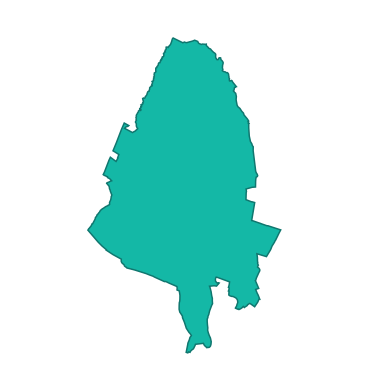 the district of Durnesti, Botosani, Romania, rotated 229°
{"feature_id": "2599482B19127823613231", "entity_name": "Durnesti", "entity_type": "district", "adm_level": 2, "iso_a3": "ROU", "parent_name": "Romania", "parent_adm1": "Botosani", "projection": "robinson", "projection_center": [27.119, 47.758], "detail": "fine", "context": "isolated", "style": "filled", "palette": "teal", "viewbox_px": 384, "rotation_deg": 229, "n_neighbors": 0, "source": "geoboundaries", "source_scale": "gbopen_adm2", "svg_char_len": 6000}
<svg xmlns="http://www.w3.org/2000/svg" viewBox="0 0 384 384"><g transform="rotate(229 192 192)"><path d="M301.9,295.1L304.8,293.6L305.6,291.3L308.1,286.2L308.6,285.5L310.2,284.6L310.6,283.0L320.6,278.8L320.6,278.2L320.3,277.4L318.9,275.3L317.6,272.9L317.3,271.7L317.2,270.4L316.7,268.8L317.9,268.3L317.9,267.8L318.2,267.4L317.0,266.6L317.0,266.2L316.7,266.0L316.5,265.3L316.6,264.7L316.0,264.3L315.8,263.6L315.4,263.6L315.6,263.1L315.2,262.4L315.3,262.0L315.0,261.5L315.0,261.1L313.9,260.8L313.6,260.3L313.1,259.8L313.0,258.7L313.4,258.4L313.4,258.1L312.6,257.4L312.8,257.0L312.7,256.7L312.1,256.4L312.3,255.5L311.9,254.5L311.8,254.3L311.5,254.5L311.5,254.0L310.6,252.7L310.7,252.4L311.0,252.2L311.2,251.6L311.0,251.0L309.9,249.6L309.7,248.9L309.7,248.1L309.4,247.4L309.0,247.1L309.3,246.1L309.2,245.9L307.2,244.1L306.5,243.7L306.3,243.1L306.5,241.5L305.6,240.9L305.4,240.3L304.3,239.8L304.1,239.5L303.9,238.5L303.3,238.5L302.9,238.0L302.8,237.4L302.5,236.9L301.7,236.5L301.3,235.9L301.3,235.6L301.7,234.7L301.6,234.3L300.9,234.4L300.6,234.2L300.5,233.9L300.1,233.7L299.6,232.2L298.7,232.1L298.3,231.6L298.8,231.0L298.5,230.6L298.6,229.4L298.4,228.4L297.3,227.4L296.9,226.5L296.3,226.0L296.2,225.8L296.6,225.2L296.6,224.3L296.3,223.6L295.8,223.1L295.7,222.6L295.1,221.9L294.7,220.6L294.7,219.5L293.9,218.3L294.0,217.5L294.8,217.0L294.7,216.4L294.9,216.1L293.4,215.2L293.0,215.3L291.9,214.5L291.9,213.6L291.2,213.3L290.6,212.0L290.7,211.8L291.1,211.6L290.9,211.2L291.1,210.8L290.6,210.8L290.5,210.4L289.9,210.3L289.4,209.6L289.5,209.4L289.9,209.2L289.5,208.8L289.0,207.9L289.3,207.3L289.2,207.2L288.5,207.2L287.8,207.6L287.4,207.3L287.2,206.7L287.4,206.5L288.3,206.7L288.5,206.7L288.2,205.8L288.2,204.6L287.6,204.1L287.4,202.8L287.0,202.0L286.6,200.6L285.9,199.7L285.2,199.4L285.0,198.6L283.8,198.0L283.2,197.2L282.6,197.1L282.3,195.9L281.9,195.2L280.1,194.8L278.2,193.2L276.6,192.7L275.7,192.8L275.3,192.3L275.4,190.5L275.2,189.3L275.5,188.4L275.9,186.1L284.3,182.9L284.4,185.2L283.6,186.6L283.6,187.9L288.5,186.1L285.5,179.8L278.9,167.4L274.9,159.4L268.3,161.4L266.6,158.3L266.2,158.4L264.9,154.7L271.8,153.2L270.4,150.1L264.5,139.0L263.4,136.4L261.9,136.7L261.5,137.2L259.4,137.8L259.0,138.3L258.1,137.8L256.0,138.6L253.2,138.7L253.7,137.4L253.9,136.1L254.4,134.9L254.7,133.4L255.1,133.0L254.5,133.3L251.0,133.2L250.3,133.0L248.5,131.8L247.5,131.6L245.5,130.6L244.5,130.4L243.9,130.0L242.6,129.7L241.9,128.9L241.4,127.8L240.8,127.3L239.4,125.5L238.2,122.9L236.7,121.7L236.6,121.3L236.8,120.5L237.0,120.2L236.9,119.6L237.6,117.2L237.9,114.2L238.2,113.3L238.1,112.8L238.2,110.8L237.5,108.9L237.4,107.9L237.0,106.1L237.1,105.5L236.3,104.0L236.1,102.4L235.3,101.4L235.0,100.8L233.2,96.1L233.5,95.4L233.1,95.1L232.9,94.2L232.6,93.8L232.2,91.3L232.1,91.1L232.0,89.8L231.5,88.4L215.2,88.3L209.8,88.7L204.6,89.5L204.5,89.1L196.6,91.3L187.7,94.6L186.3,93.2L185.0,92.7L183.9,92.6L181.7,93.0L180.5,92.5L179.1,92.7L178.4,93.0L177.4,93.0L171.2,97.3L160.6,103.8L156.9,105.7L153.9,107.4L152.6,107.8L142.5,112.4L141.6,113.5L138.1,115.0L130.6,118.6L129.2,117.8L127.9,116.4L125.7,117.5L121.9,115.1L119.1,112.6L117.7,111.2L116.8,109.8L114.7,107.8L111.9,105.3L109.4,104.0L104.8,103.4L103.2,102.3L98.9,100.9L92.8,98.3L87.8,97.6L86.8,97.7L84.1,97.4L83.6,95.1L82.1,92.8L80.7,89.9L79.7,88.7L74.8,82.4L73.3,83.3L73.6,84.5L72.3,85.3L72.8,86.5L72.9,88.4L72.7,90.2L74.1,93.5L74.8,94.7L70.3,101.3L68.0,100.7L64.7,101.1L64.7,101.5L63.6,102.8L63.4,103.4L63.6,104.8L64.6,106.4L66.4,108.3L69.7,110.1L72.4,110.9L75.2,112.0L77.4,113.1L79.1,114.8L81.6,116.5L84.4,118.6L86.1,120.1L86.8,121.6L87.6,122.3L88.5,124.2L90.8,127.4L93.7,132.8L94.2,134.2L96.6,136.0L98.4,137.6L100.9,138.9L104.2,141.0L108.2,143.0L109.4,143.4L106.8,147.1L104.9,148.8L105.5,152.8L106.1,152.5L106.8,151.4L107.4,151.2L109.3,151.3L110.8,152.4L111.6,153.5L111.9,154.4L110.8,155.2L99.5,161.4L97.3,158.8L96.1,156.9L95.6,157.1L94.9,156.8L93.8,155.4L93.4,154.5L92.8,154.8L90.2,152.3L89.7,152.2L88.6,152.6L87.0,153.6L86.3,154.4L83.4,155.6L81.2,155.6L80.5,155.3L78.7,154.2L77.3,151.7L76.4,150.4L76.4,149.8L76.1,149.0L76.1,148.6L76.4,148.3L73.6,149.6L73.4,150.1L72.5,150.3L72.0,152.0L71.8,153.8L72.0,155.6L70.5,155.7L70.5,156.1L70.1,158.9L70.2,159.6L70.5,159.9L70.1,162.3L69.7,162.7L64.3,164.0L65.7,169.2L67.2,172.4L66.7,172.8L70.8,174.3L72.9,174.8L76.7,176.1L75.5,179.1L83.5,181.7L83.4,181.9L84.8,184.1L87.4,189.7L87.8,190.9L88.5,191.9L89.2,192.3L90.4,192.5L92.3,192.2L93.3,193.8L93.3,194.1L94.0,194.2L95.3,194.8L95.4,195.2L96.9,196.1L99.5,198.3L102.8,200.5L94.4,205.8L96.9,213.5L98.7,217.0L100.0,221.3L100.5,222.3L100.8,223.5L103.8,230.5L105.2,234.1L115.3,228.0L116.8,227.1L117.4,226.4L130.6,218.9L131.3,218.3L142.9,232.4L145.2,230.9L145.7,230.4L150.8,227.7L156.1,232.6L156.5,233.3L158.8,234.8L156.1,240.5L154.1,243.2L158.3,247.0L159.9,248.6L161.1,250.2L160.8,251.5L161.4,252.4L162.8,252.9L164.3,253.1L165.9,253.7L183.1,265.3L186.0,267.9L187.4,268.0L189.2,268.8L191.7,269.2L196.6,271.9L203.2,276.9L206.1,279.4L206.5,279.5L206.0,280.1L205.6,280.2L207.1,280.0L207.9,280.4L208.3,280.4L208.3,281.3L208.7,281.4L211.0,281.7L216.0,281.8L217.8,282.6L220.3,282.5L223.6,283.0L226.2,282.6L227.5,282.9L228.1,283.1L231.9,285.3L233.1,286.2L234.9,288.1L237.8,289.7L239.6,289.5L240.2,289.6L240.8,289.9L240.9,289.5L241.0,289.5L241.3,289.8L241.3,290.3L241.6,290.9L242.9,292.5L242.6,293.3L242.9,293.5L242.4,294.6L248.1,294.8L249.8,295.2L250.3,295.0L250.7,293.8L251.2,293.2L252.3,293.8L252.9,294.6L254.3,295.0L255.1,295.8L256.1,296.2L256.9,296.9L258.2,297.1L258.9,297.0L259.5,296.2L260.8,295.9L262.3,294.8L263.7,294.5L264.1,295.6L265.9,296.5L266.6,297.3L267.3,297.9L268.8,300.0L269.4,300.5L270.8,300.8L272.7,300.7L273.3,300.9L274.4,301.6L274.9,301.3L275.5,300.5L274.8,298.6L274.9,298.3L275.7,297.6L277.9,298.1L278.5,298.5L280.2,300.1L280.6,300.3L281.8,300.3L283.3,299.9L286.0,299.7L287.7,299.8L289.8,298.9L290.4,299.1L293.2,298.9L294.2,299.8L294.7,299.0L296.9,296.8L297.3,295.7L298.2,295.4L299.0,294.9L300.0,294.6L301.9,295.1Z" fill="#14b8a6" stroke="#0f766e" stroke-width="1.5"/></g></svg>